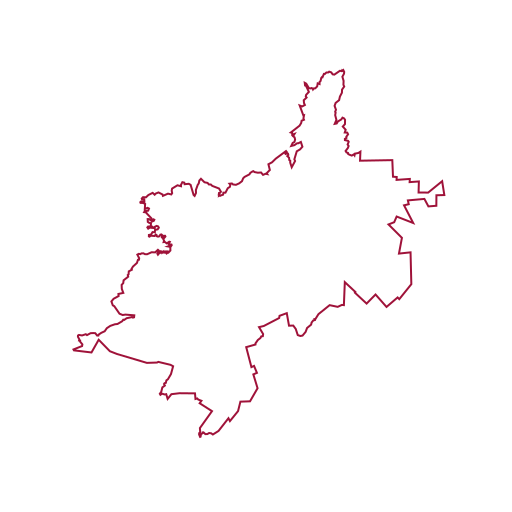 outline of Carichí, Chihuahua, Mexico, rotated 79°
{"feature_id": "50627088B74180919977199", "entity_name": "Carichí", "entity_type": "district", "adm_level": 2, "iso_a3": "MEX", "parent_name": "Mexico", "parent_adm1": "Chihuahua", "projection": "robinson", "projection_center": [-107.184, 27.8], "detail": "fine", "context": "isolated", "style": "outline", "palette": "rose", "viewbox_px": 512, "rotation_deg": 79, "n_neighbors": 0, "source": "geoboundaries", "source_scale": "gbopen_adm2", "svg_char_len": 6124}
<svg xmlns="http://www.w3.org/2000/svg" viewBox="0 0 512 512"><g transform="rotate(79 256 256)"><path d="M175.6,350.0L177.4,352.8L176.7,355.7L177.8,357.2L178.5,357.1L179.1,354.9L181.3,355.2L180.5,358.3L181.1,359.3L181.8,359.2L182.4,356.7L183.7,354.9L188.7,356.2L188.0,353.3L189.0,352.0L190.9,353.2L190.7,356.6L191.6,357.4L192.3,355.3L193.1,355.3L199.0,351.5L201.0,351.1L200.4,349.7L201.0,348.9L201.9,349.5L202.3,351.2L199.3,354.0L199.1,355.3L201.9,355.7L203.1,354.5L203.7,352.8L206.2,353.5L206.9,352.8L206.5,356.4L207.2,357.2L208.6,356.6L207.9,354.8L209.3,350.1L208.0,349.7L207.5,347.8L208.3,346.4L209.7,346.0L211.1,347.5L211.1,350.1L213.4,350.8L212.8,353.0L214.9,354.9L214.9,357.1L216.3,357.4L216.7,356.9L216.0,355.4L217.0,351.8L215.8,350.3L216.5,349.6L217.6,349.7L218.3,348.5L218.2,347.1L216.8,345.8L216.8,344.7L217.5,344.2L219.7,344.9L220.5,344.2L218.6,342.6L218.8,341.4L219.6,341.2L221.7,343.8L223.5,343.3L224.7,344.0L224.8,342.8L226.6,341.2L225.4,338.4L225.7,337.9L227.5,339.5L228.0,339.2L228.6,336.8L229.3,336.7L230.4,337.8L229.6,339.5L229.8,340.6L230.4,339.0L231.3,338.5L234.3,339.0L235.8,341.1L234.7,341.6L234.4,343.2L236.1,342.5L236.5,343.3L234.3,344.3L234.4,344.9L235.3,344.9L235.0,346.0L234.0,346.0L234.9,347.5L233.6,347.6L233.0,349.1L233.8,349.6L234.9,348.4L234.3,349.9L236.0,352.0L234.8,352.4L233.6,351.3L231.7,350.7L231.2,351.1L233.2,354.3L232.4,357.8L233.5,362.6L233.0,364.7L231.9,366.0L231.6,368.0L232.1,369.2L231.5,370.6L232.0,372.2L235.9,371.1L237.3,371.6L237.2,372.6L240.1,374.2L242.9,378.8L245.0,380.7L245.8,380.5L246.8,383.8L249.7,384.6L250.2,385.5L251.9,385.4L254.6,390.6L257.3,391.5L258.7,393.4L262.7,394.0L266.9,393.3L267.0,398.3L269.1,398.5L270.8,403.9L273.0,406.6L277.1,406.0L278.2,404.7L286.6,401.0L288.5,398.1L288.6,395.4L291.0,386.8L292.9,387.4L293.0,388.6L292.3,389.4L292.4,394.9L293.6,397.6L293.2,398.4L294.5,399.8L296.3,404.9L296.1,407.6L296.8,412.4L298.4,416.2L301.0,418.9L301.9,422.5L303.1,425.4L304.0,425.9L303.8,427.1L301.1,428.5L300.6,430.4L300.2,433.1L301.4,437.0L300.3,438.0L300.8,441.9L299.7,444.9L300.1,445.9L301.3,446.2L304.3,445.3L305.2,445.8L305.6,444.8L306.5,445.0L309.6,443.3L311.2,443.9L312.9,453.0L313.9,452.7L319.3,435.9L308.2,426.4L321.6,417.6L325.7,411.1L340.1,383.5L341.7,373.5L341.3,372.1L346.5,360.7L348.4,358.4L355.7,362.0L360.2,366.0L361.0,367.7L363.3,368.7L363.4,370.0L364.1,370.7L365.8,370.2L367.1,373.0L371.2,374.9L372.9,376.7L374.0,376.3L373.2,374.5L374.5,372.1L374.5,370.5L379.4,370.0L375.5,365.4L376.1,357.3L379.2,342.1L384.8,342.7L384.6,340.9L385.9,340.1L387.7,337.2L389.8,339.4L399.9,328.8L414.2,343.9L418.3,344.4L419.1,345.6L419.8,345.3L420.4,345.9L422.9,345.4L422.8,344.9L420.4,344.0L419.8,342.3L419.0,342.0L419.1,341.2L421.2,339.7L421.5,337.7L420.8,335.8L421.5,333.8L423.0,332.4L420.6,326.2L410.0,314.0L413.1,313.1L404.8,303.2L396.0,299.1L397.5,289.6L386.1,279.7L371.7,281.2L370.9,277.4L363.5,278.9L364.2,281.7L343.6,283.0L342.8,273.4L341.7,273.2L338.8,270.2L337.4,267.4L335.9,266.1L336.0,264.6L334.0,263.9L326.4,266.6L326.2,261.7L321.3,245.1L319.2,244.3L318.0,236.7L330.7,236.9L331.4,232.7L335.2,230.9L341.6,230.1L343.0,227.7L343.0,225.5L340.0,221.8L336.4,219.6L333.9,215.0L331.9,214.1L330.2,212.1L330.1,210.5L329.1,210.6L329.2,209.7L325.0,205.8L318.3,193.1L321.5,185.5L320.4,181.0L321.0,179.1L298.6,173.8L310.3,165.3L310.9,165.9L323.8,156.5L316.6,146.0L330.9,137.6L323.7,124.9L325.7,123.6L313.3,108.9L281.9,103.6L280.9,115.2L266.0,109.3L250.3,119.9L249.2,113.9L244.1,110.4L253.6,95.4L234.5,101.0L234.3,96.2L230.4,96.3L232.1,79.8L240.2,77.3L241.1,69.4L230.8,67.3L232.1,59.5L218.1,59.0L226.6,74.9L224.7,84.3L213.9,81.9L212.8,91.1L209.7,90.3L208.1,103.5L205.3,102.8L204.3,106.4L187.9,103.9L182.3,135.7L173.5,133.6L174.4,135.9L174.4,139.4L176.0,140.1L174.9,140.6L175.7,142.8L174.3,145.1L173.2,146.2L172.3,146.1L171.6,147.4L170.0,148.0L167.5,145.2L165.7,144.1L164.0,144.8L161.6,143.2L160.5,143.7L159.2,146.6L158.0,146.4L157.4,144.7L156.2,144.6L154.1,142.4L152.3,142.9L151.7,145.3L149.2,143.9L145.5,146.1L143.5,143.5L139.3,142.6L137.7,143.3L136.7,144.7L138.2,146.2L139.6,150.0L141.3,151.5L141.3,153.5L137.7,151.1L132.8,151.4L130.5,150.5L129.6,150.8L127.7,149.6L123.6,150.2L120.9,148.6L118.9,144.7L115.5,143.2L112.1,140.5L109.1,139.8L106.5,137.1L104.6,137.5L100.8,136.6L96.5,137.0L93.8,134.8L92.1,134.3L90.2,134.8L90.7,135.5L90.1,136.0L90.9,136.6L90.2,138.3L92.9,144.5L92.3,146.1L90.1,147.1L89.0,149.0L89.6,149.9L89.3,151.9L90.4,153.6L90.2,154.6L93.2,156.6L92.9,157.0L93.7,158.0L96.5,159.2L97.3,160.4L99.3,160.8L98.3,162.5L101.2,163.6L102.7,165.8L102.5,167.0L103.4,168.2L102.4,168.3L101.7,169.6L102.0,170.1L101.4,172.0L96.4,173.8L95.3,175.1L98.0,175.3L98.6,174.4L105.0,172.8L107.3,176.0L108.8,176.7L110.1,176.1L112.2,179.4L115.0,179.7L117.1,179.2L118.0,182.2L116.6,184.4L127.1,182.7L127.0,182.0L130.0,183.2L131.4,182.9L131.9,185.4L134.1,186.3L136.4,188.4L141.4,198.2L142.0,197.0L143.9,197.3L143.5,194.9L145.5,196.7L146.9,195.5L149.1,195.4L151.4,196.5L152.0,198.4L154.7,200.4L154.5,197.1L153.2,194.2L153.4,192.9L152.6,190.2L157.6,189.6L159.8,192.5L161.0,196.0L168.4,199.9L170.2,199.5L175.7,204.0L170.9,204.6L169.0,204.2L168.2,205.0L165.8,204.8L163.9,206.2L163.0,205.0L161.6,205.1L161.2,205.8L161.5,207.5L160.6,207.8L159.7,206.0L158.7,206.5L164.2,218.0L167.1,222.4L168.3,226.3L174.2,226.0L176.8,229.8L177.7,229.4L177.1,230.9L177.7,233.6L175.0,235.1L174.6,238.3L173.3,241.5L172.2,242.4L172.3,243.2L173.3,245.7L174.6,246.9L176.2,252.2L177.3,253.8L179.9,255.5L181.5,258.7L182.3,262.1L181.4,264.9L180.2,265.8L180.0,268.2L181.1,267.6L183.1,268.4L184.1,270.8L188.0,273.9L187.6,275.9L189.5,276.6L189.9,279.2L190.6,279.0L189.7,279.8L189.9,280.7L189.1,280.3L188.8,280.9L187.1,280.3L187.1,279.1L186.2,278.2L182.7,279.4L178.8,285.6L177.2,286.7L176.8,288.6L175.0,289.6L173.8,292.5L169.7,295.3L171.1,297.2L173.9,298.4L175.0,299.6L179.7,302.4L182.7,302.9L185.3,304.8L184.2,305.6L173.7,306.6L172.3,308.2L171.9,312.4L170.3,312.4L169.5,314.2L171.9,316.1L173.2,316.3L171.6,319.6L173.8,325.5L175.8,326.3L178.3,326.3L179.4,327.4L178.0,330.5L179.2,335.9L177.8,336.0L175.0,339.6L175.6,342.6L176.5,343.8L174.3,345.4L175.6,350.0Z" fill="none" stroke="#9f1239" stroke-width="2"/></g></svg>